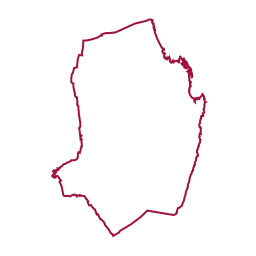 the district of Isabela, Isabela, Philippines, rotated 355°
{"feature_id": "2640588B52568839586340", "entity_name": "Isabela", "entity_type": "district", "adm_level": 2, "iso_a3": "PHL", "parent_name": "Philippines", "parent_adm1": "Isabela", "projection": "equal_earth", "projection_center": [122.367, 16.99], "detail": "fine", "context": "isolated", "style": "outline", "palette": "rose", "viewbox_px": 256, "rotation_deg": 355, "n_neighbors": 0, "source": "geoboundaries", "source_scale": "gbopen_adm2", "svg_char_len": 5789}
<svg xmlns="http://www.w3.org/2000/svg" viewBox="0 0 256 256"><g transform="rotate(355 128 128)"><path d="M168.2,217.9L168.9,216.6L169.3,216.6L169.8,214.2L170.8,212.2L172.4,211.9L172.9,211.2L174.7,210.4L176.6,206.4L177.2,205.8L178.6,201.1L179.5,199.8L179.7,198.1L180.1,197.3L180.6,195.3L181.5,194.3L181.9,193.0L182.5,192.4L182.4,191.4L182.6,190.3L183.3,188.5L184.1,187.4L185.2,182.9L186.2,180.9L186.3,180.3L187.3,179.1L188.0,176.9L189.0,176.1L189.1,174.9L189.5,174.5L189.6,173.6L190.0,172.6L190.4,172.4L190.4,171.3L191.6,170.4L191.6,170.1L191.3,169.9L191.7,169.5L191.5,168.2L192.5,166.9L193.1,165.2L193.2,163.8L193.9,163.1L194.1,162.4L195.2,162.0L195.0,161.4L195.3,161.0L195.0,159.7L195.1,159.1L194.5,158.3L194.7,156.7L194.9,155.8L195.5,155.5L195.8,154.9L196.1,153.2L197.1,152.1L196.9,151.2L198.5,148.5L198.5,147.4L199.2,146.0L198.3,144.3L198.3,143.1L198.7,142.7L198.5,142.3L198.6,141.2L199.2,139.7L200.1,138.8L200.3,135.7L200.7,134.9L200.2,133.5L199.7,133.6L199.3,132.9L199.2,132.1L199.5,130.1L200.2,129.3L200.4,127.6L201.3,124.9L201.7,124.9L201.8,123.3L202.3,122.8L202.2,122.4L203.1,122.1L203.6,122.7L204.0,122.5L204.1,120.9L203.7,120.0L205.3,119.3L205.4,118.1L204.8,116.3L205.5,115.6L205.4,115.1L206.2,112.9L206.1,111.3L206.6,110.6L206.5,109.8L207.3,108.6L207.6,108.6L206.7,107.6L206.5,106.6L206.7,106.1L206.3,106.2L206.2,105.8L206.5,104.6L206.5,103.7L205.8,101.6L205.2,100.7L204.7,101.2L204.7,102.3L203.4,102.9L202.0,104.4L201.6,105.3L201.0,105.3L200.2,104.7L199.8,105.3L198.7,105.5L198.3,105.6L198.3,105.2L197.0,105.5L196.7,106.3L196.9,107.9L196.7,107.7L196.3,106.3L197.0,104.8L196.6,105.0L196.2,104.6L196.6,104.9L196.8,104.6L198.9,104.9L199.6,104.5L200.0,104.7L200.1,104.2L198.5,104.7L195.5,104.1L194.0,102.9L192.9,100.9L192.1,98.1L192.4,97.4L192.1,96.8L192.3,96.2L192.1,95.4L192.6,95.0L192.6,93.6L193.0,93.3L193.3,91.9L193.7,92.3L194.2,91.8L193.5,88.7L194.1,88.2L194.4,88.5L194.7,88.0L194.0,86.8L193.5,87.0L193.2,86.5L193.4,85.2L193.3,84.7L193.6,83.9L193.2,83.0L193.2,81.6L193.6,80.7L193.5,80.4L194.0,80.4L193.4,80.1L193.5,79.7L193.3,78.7L193.6,78.0L193.0,77.1L192.8,77.5L192.3,77.1L192.7,77.0L192.6,76.4L192.9,76.1L193.8,76.3L193.8,75.3L194.4,75.8L194.5,76.7L194.3,77.5L195.7,81.4L195.9,83.0L196.1,83.0L196.4,82.5L196.4,79.1L195.9,77.2L196.0,76.0L195.7,74.3L195.1,73.7L195.1,73.3L193.5,72.0L193.5,71.4L191.9,67.2L190.3,65.4L189.8,65.3L189.7,67.4L190.9,69.3L191.1,71.8L192.3,72.9L191.9,73.3L191.1,73.3L190.5,74.4L190.7,73.7L190.5,73.4L190.5,73.0L190.1,72.7L189.8,72.8L189.3,72.4L189.6,71.9L190.0,72.0L190.3,71.6L190.1,71.2L190.3,70.5L189.2,71.1L188.5,70.2L187.6,69.9L187.4,69.2L187.1,68.9L187.1,68.5L187.7,68.4L187.7,68.7L188.1,68.8L188.2,68.4L188.5,69.0L189.0,69.1L189.9,68.5L188.4,65.4L187.8,64.7L187.8,64.2L187.4,64.0L187.1,63.2L185.6,63.0L185.2,63.4L184.9,64.5L185.0,65.3L184.7,65.8L184.5,65.7L184.6,66.6L184.2,66.3L184.0,66.6L183.1,65.4L182.8,65.3L182.5,65.7L180.4,65.1L179.9,65.5L179.1,66.8L178.3,66.4L178.3,65.4L177.9,66.0L177.2,66.0L176.7,66.6L175.6,65.4L176.1,64.0L175.5,63.5L175.7,62.6L175.4,61.3L175.2,61.7L174.4,61.3L174.1,61.9L173.6,61.5L172.8,63.0L171.6,62.5L171.4,62.1L171.5,61.3L170.8,61.7L170.4,61.3L170.1,59.5L170.5,59.2L170.6,58.0L171.4,57.0L170.8,56.6L170.5,57.1L170.4,56.4L170.4,57.0L169.8,56.9L168.9,55.0L169.0,54.1L170.1,53.2L170.6,53.4L170.7,52.7L170.2,51.9L169.4,51.8L168.4,50.4L166.3,45.3L164.7,40.9L163.2,35.6L163.1,33.7L163.6,33.3L163.5,32.5L163.2,32.1L162.6,32.1L162.5,31.1L162.9,30.8L162.3,30.6L162.1,30.0L162.2,29.6L162.7,29.2L163.0,28.5L162.9,28.1L162.3,27.8L162.2,27.3L162.5,26.3L162.1,26.1L162.2,25.8L162.0,25.5L161.7,25.8L161.5,25.6L161.7,25.0L161.3,24.6L161.6,24.2L161.3,24.0L161.6,23.5L161.7,22.8L161.1,23.0L160.6,22.0L157.6,21.9L156.5,22.7L155.4,22.9L143.9,24.6L123.8,31.7L117.7,31.8L114.0,31.5L109.8,32.5L110.0,33.7L108.5,33.7L105.3,35.3L98.6,36.7L94.2,37.2L91.1,37.0L90.4,42.6L89.8,45.3L88.5,49.3L88.7,51.6L85.6,51.0L83.9,55.4L82.4,63.1L79.5,63.6L77.9,68.4L76.7,69.6L75.9,73.2L75.5,77.1L76.4,78.6L77.5,78.9L77.2,82.0L77.8,87.8L78.2,88.6L78.0,91.0L78.8,92.7L79.8,93.0L79.8,98.8L79.5,99.4L79.4,100.3L79.9,100.6L79.9,101.5L80.4,101.9L80.5,102.7L80.2,104.5L80.4,106.8L80.2,110.7L80.6,113.1L80.6,115.2L80.9,118.7L80.6,122.6L79.2,123.8L79.5,124.3L79.7,131.8L81.0,131.4L81.1,131.6L80.0,132.9L79.7,134.3L79.7,134.6L80.0,134.3L80.0,134.7L80.7,135.2L80.5,135.3L80.5,142.1L79.9,142.4L79.9,143.4L79.2,144.0L79.0,145.3L77.9,148.5L77.0,147.8L76.5,147.8L75.7,150.3L75.6,152.5L74.2,154.7L71.7,155.5L68.6,155.2L67.9,156.0L65.9,156.9L64.1,157.2L62.5,158.3L60.7,158.5L58.4,160.7L57.4,160.7L56.3,162.2L54.4,161.9L54.4,162.4L55.2,163.3L55.0,163.7L53.1,163.5L52.6,163.9L52.8,165.4L52.6,165.9L52.1,166.2L52.1,164.5L50.8,163.6L50.1,163.7L49.6,164.3L49.7,165.1L50.7,165.6L51.0,167.0L50.8,167.4L49.1,167.9L48.4,169.2L48.5,169.6L48.8,169.9L49.8,169.4L50.1,169.6L50.1,170.9L50.6,171.2L51.4,171.0L51.6,169.7L52.0,169.2L52.7,169.9L53.6,169.8L54.2,170.2L55.5,172.9L56.7,174.5L55.2,175.5L56.8,180.4L57.7,188.3L57.7,189.2L58.2,189.8L58.9,190.3L62.4,190.4L64.2,191.1L66.8,189.9L69.1,189.6L69.3,190.3L70.4,190.6L70.8,190.5L71.1,191.5L71.6,190.9L72.5,190.7L74.1,191.6L74.4,191.5L74.2,191.1L74.4,190.6L76.0,191.4L78.6,192.1L80.3,194.8L80.2,195.2L80.7,195.4L81.8,197.5L81.4,197.6L81.4,198.3L82.4,201.6L84.5,201.6L84.7,202.5L87.6,206.3L88.0,206.3L89.2,211.0L89.6,210.6L90.3,210.9L92.4,216.3L93.2,216.5L93.4,217.0L95.7,219.4L96.6,222.0L96.5,222.4L100.0,227.5L101.1,230.1L101.8,231.3L102.3,231.9L102.6,231.8L103.1,232.5L103.6,232.7L103.8,234.1L110.1,231.3L110.6,230.3L111.2,229.7L122.7,224.1L132.8,217.8L140.0,212.0L166.0,218.7L168.2,217.9ZM186.3,61.4L186.0,61.6L185.7,62.7L186.4,62.4L186.6,61.7L186.3,61.4ZM189.6,63.6L189.1,63.9L189.3,64.9L189.9,64.5L189.6,63.6ZM199.5,140.0L199.5,140.3L200.0,140.4L199.9,140.1L199.5,140.0Z" fill="none" stroke="#9f1239" stroke-width="2"/></g></svg>